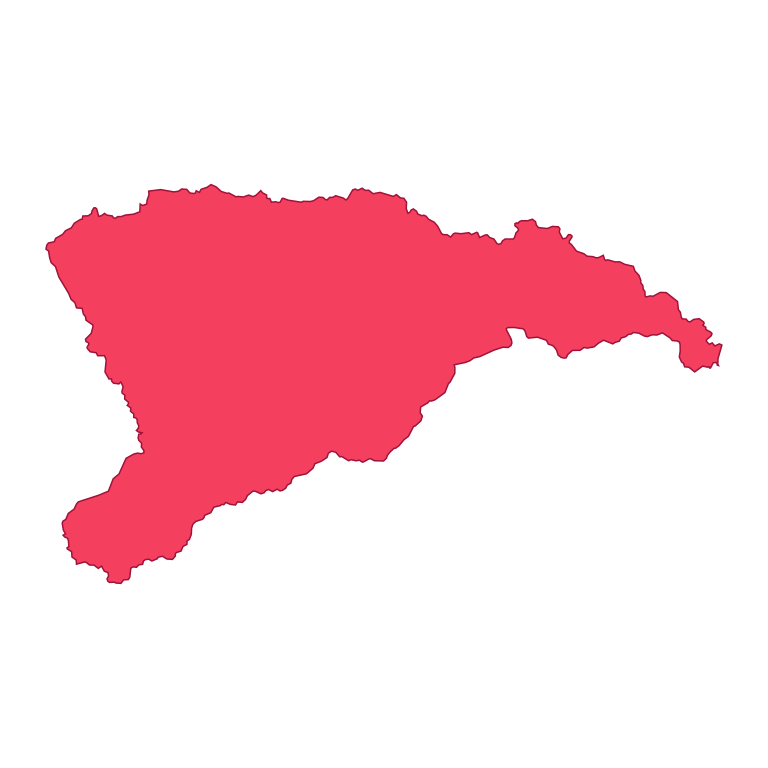 Chiure, Cabo Delgado, Mozambique
{"feature_id": "85939544B26812417695120", "entity_name": "Chiure", "entity_type": "district", "adm_level": 2, "iso_a3": "MOZ", "parent_name": "Mozambique", "parent_adm1": "Cabo Delgado", "projection": "robinson", "projection_center": [39.723, -13.545], "detail": "fine", "context": "isolated", "style": "filled", "palette": "rose", "viewbox_px": 768, "rotation_deg": 0, "n_neighbors": 0, "source": "geoboundaries", "source_scale": "gbopen_adm2", "svg_char_len": 6061}
<svg xmlns="http://www.w3.org/2000/svg" viewBox="0 0 768 768"><path d="M160.7,189.6L148.7,191.1L149.0,194.8L147.1,200.2L146.7,204.1L142.5,205.5L140.2,204.0L139.8,211.8L133.4,214.2L125.2,215.1L121.2,216.6L117.7,216.6L115.3,218.3L113.6,217.9L112.2,215.9L106.7,215.1L104.6,213.4L101.2,215.8L98.7,216.3L96.7,208.9L95.5,207.8L93.8,207.9L92.1,210.7L91.5,213.5L88.2,215.8L82.8,216.0L82.2,219.3L80.5,219.4L74.3,223.2L71.4,227.8L65.5,230.7L62.7,234.3L55.6,238.4L54.3,241.7L48.4,243.0L46.8,245.1L46.1,248.3L46.1,249.3L48.6,251.0L49.6,257.6L51.2,262.7L55.5,266.6L58.9,277.1L68.6,293.3L71.1,299.4L74.9,302.6L76.5,307.9L82.1,308.4L83.4,314.1L85.5,316.7L86.0,320.2L92.7,324.9L93.0,326.6L91.2,333.4L85.5,339.2L86.0,341.6L88.1,342.5L88.9,344.0L87.1,347.1L87.3,348.4L90.2,351.8L96.1,352.7L97.7,355.7L104.5,355.7L106.2,360.0L105.0,372.0L109.0,379.0L111.5,378.9L111.6,381.0L113.5,383.2L118.9,383.9L120.7,382.1L121.6,383.4L123.1,386.9L121.9,391.6L122.2,393.2L124.8,395.1L124.7,399.1L128.5,402.3L128.3,404.0L127.2,405.4L130.8,408.0L130.5,411.3L133.8,413.9L133.7,417.4L135.9,418.0L137.1,419.5L137.3,422.8L138.8,425.8L138.3,428.2L136.4,430.5L138.6,432.1L142.1,432.7L141.4,433.7L138.8,434.2L138.1,437.9L138.8,440.3L141.6,443.3L141.3,446.9L143.9,450.6L143.8,452.9L141.0,453.7L137.5,453.1L133.9,454.0L126.1,458.3L119.0,474.0L113.2,478.8L108.4,491.2L98.5,495.3L78.4,501.8L76.5,504.0L74.1,509.1L68.3,513.4L65.8,519.4L63.0,521.1L62.2,523.1L63.4,530.2L65.5,533.8L63.1,535.2L64.6,536.9L67.6,538.3L68.4,540.8L68.9,546.7L67.1,547.7L67.2,548.9L71.6,551.7L72.0,557.1L76.2,560.0L76.5,564.2L84.4,562.0L86.3,562.4L89.4,565.0L94.0,565.1L98.3,568.4L101.5,566.1L104.3,571.2L108.0,572.6L108.6,576.0L107.0,578.9L107.8,581.2L109.5,582.4L114.7,582.2L115.6,583.0L120.9,583.4L123.6,579.9L128.3,579.6L129.8,577.1L130.8,568.2L133.1,566.9L136.6,567.3L138.7,564.9L142.6,564.3L143.6,560.8L145.5,559.6L148.7,559.2L151.9,561.0L157.2,558.8L158.2,557.2L162.6,556.3L166.8,559.0L172.5,559.4L175.4,556.0L175.2,554.5L176.2,552.6L181.0,551.1L183.1,546.3L186.9,544.5L187.1,540.8L189.4,539.5L191.3,534.4L191.6,528.3L192.8,524.3L195.9,521.4L202.5,519.3L204.1,517.6L204.6,515.4L210.8,512.7L213.8,507.2L220.4,505.6L221.7,504.4L223.8,504.7L225.8,502.5L230.4,504.4L235.5,505.0L237.4,502.0L242.4,502.4L245.6,499.4L247.4,495.6L252.7,491.3L255.0,491.1L260.9,493.8L264.2,492.7L265.8,490.6L268.5,489.5L272.7,491.6L277.1,489.2L280.0,490.9L282.4,490.4L285.6,488.3L287.2,485.2L290.9,483.1L291.8,479.4L294.3,476.5L306.5,473.8L313.0,468.2L314.9,463.7L321.2,461.3L327.0,457.5L328.4,453.2L331.6,451.2L335.7,452.2L339.7,456.8L341.9,456.6L348.6,460.7L351.2,459.7L356.0,460.8L359.6,460.2L362.2,462.1L363.4,462.0L369.0,458.9L370.7,458.8L374.3,460.7L383.6,461.0L386.5,458.1L387.3,455.5L389.5,452.6L393.9,448.4L395.8,448.1L399.0,445.7L404.1,439.6L408.4,436.4L413.6,426.4L415.3,425.9L420.9,420.8L422.4,416.1L420.2,412.7L420.7,407.0L427.7,402.9L429.5,400.9L431.7,401.0L435.0,399.8L444.9,392.6L448.4,383.7L450.0,382.2L454.8,373.4L454.9,367.5L454.2,364.8L465.2,362.5L470.0,360.7L473.7,358.0L479.8,356.6L494.0,350.1L503.0,347.2L508.1,347.5L511.0,345.5L511.9,342.9L511.3,339.4L506.4,329.7L506.4,328.6L507.6,327.6L514.3,327.5L523.2,328.8L525.0,331.0L526.8,336.6L528.4,338.1L537.6,337.2L546.4,340.3L548.4,344.2L552.4,345.4L554.3,347.1L556.5,350.0L558.2,355.2L561.3,357.5L564.3,358.1L566.2,357.8L567.8,354.5L572.5,350.4L580.1,350.3L584.0,347.5L587.2,348.1L594.0,346.9L598.6,343.1L603.6,340.2L612.8,343.9L615.2,342.3L619.3,341.2L621.2,338.0L625.8,336.6L628.2,334.5L631.4,334.0L633.3,332.5L638.9,333.2L644.5,336.1L647.4,336.6L652.1,334.8L656.9,335.0L662.5,332.9L670.3,338.1L672.2,340.5L677.1,341.0L679.3,342.0L680.1,344.5L680.2,351.2L679.3,357.0L681.6,362.0L683.5,363.3L684.6,366.8L688.8,367.2L694.7,371.9L702.6,366.1L707.8,367.2L708.8,366.7L709.8,368.1L710.5,368.0L713.3,362.7L716.8,362.6L717.3,365.2L718.5,365.5L717.8,364.2L718.0,358.6L721.9,345.1L719.4,343.9L714.8,345.9L712.2,342.9L709.2,344.3L707.3,342.2L706.3,340.9L706.5,339.8L711.2,335.8L712.0,333.6L710.7,332.1L705.8,329.5L705.8,327.3L702.8,325.2L704.1,323.6L703.8,322.1L699.2,318.7L693.7,319.4L689.8,322.0L687.8,321.2L686.2,319.1L682.3,318.9L681.2,317.0L680.4,312.3L678.4,309.6L677.5,301.5L666.2,292.6L660.3,292.4L652.9,296.3L650.4,295.9L646.0,296.9L645.1,296.0L644.9,291.5L643.3,289.3L642.8,285.5L640.7,282.6L640.8,280.3L639.0,275.4L635.0,271.1L633.3,266.3L624.7,264.3L619.7,261.8L615.1,261.9L607.8,259.8L605.7,260.4L604.5,259.3L603.3,255.3L598.6,257.6L596.2,257.8L592.6,256.6L587.1,256.2L584.0,253.8L576.6,251.2L571.3,244.3L569.4,243.2L569.3,241.2L572.0,237.0L571.9,235.8L570.3,234.7L568.4,234.7L566.0,238.2L562.7,238.7L559.3,232.1L559.9,228.8L558.4,226.8L552.4,226.4L547.4,228.5L538.5,227.6L536.4,225.2L535.5,221.6L532.3,219.2L527.5,220.8L521.5,220.7L519.4,221.6L518.0,223.4L516.8,222.8L515.0,223.6L514.9,225.7L518.1,228.4L518.4,230.4L515.9,233.0L514.6,237.3L513.3,239.0L505.1,239.0L502.4,241.0L501.0,243.6L498.6,244.3L497.0,243.6L493.9,239.0L489.8,237.6L487.3,234.9L485.5,234.9L479.6,237.5L477.7,232.9L476.8,232.3L471.5,234.6L468.9,232.7L461.0,233.7L455.2,233.1L453.4,233.8L450.7,237.1L447.1,234.7L443.4,234.6L441.6,233.7L437.6,226.1L434.2,222.2L428.5,219.2L426.2,216.3L423.9,215.2L421.9,215.7L417.8,214.0L416.5,211.2L413.3,208.9L411.1,210.1L409.7,212.5L407.9,213.2L406.2,208.5L406.6,202.3L403.9,198.3L400.6,198.0L396.4,194.6L393.3,196.4L380.1,192.4L373.1,193.7L368.7,190.2L365.3,190.4L362.2,188.2L357.8,190.3L355.2,189.0L352.7,189.9L347.7,198.5L346.0,200.0L343.4,198.1L335.7,195.7L332.8,197.3L329.6,197.4L327.1,199.9L325.5,199.6L322.9,197.4L318.8,197.2L313.6,200.7L310.3,201.5L303.3,201.3L301.2,202.2L288.4,200.2L283.0,198.2L282.0,198.6L280.4,201.9L278.8,202.6L275.8,201.8L271.4,202.1L269.8,198.5L268.1,198.7L266.7,197.8L266.6,195.0L262.5,192.8L260.8,190.6L256.2,195.1L253.3,196.6L248.6,195.1L243.3,197.0L238.1,196.4L236.2,196.9L228.9,193.0L227.1,193.3L221.3,191.5L216.0,186.8L211.0,184.6L207.1,187.3L201.1,189.3L199.4,192.4L196.2,190.8L195.4,192.9L194.2,193.5L189.9,193.0L186.8,189.4L181.6,189.0L178.6,191.2L173.9,191.9L160.7,189.6Z" fill="#f43f5e" stroke="#9f1239" stroke-width="1.5"/></svg>